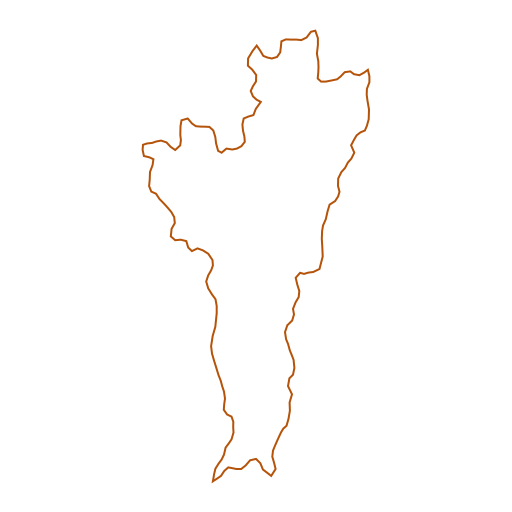 Joanésia, Minas Gerais, Brazil (Equal Earth projection)
{"feature_id": "56859067B98397226350347", "entity_name": "Joanésia", "entity_type": "district", "adm_level": 2, "iso_a3": "BRA", "parent_name": "Brazil", "parent_adm1": "Minas Gerais", "projection": "equal_earth", "projection_center": [-42.708, -19.227], "detail": "fine", "context": "isolated", "style": "outline", "palette": "amber", "viewbox_px": 512, "rotation_deg": 0, "n_neighbors": 0, "source": "geoboundaries", "source_scale": "gbopen_adm2", "svg_char_len": 2826}
<svg xmlns="http://www.w3.org/2000/svg" viewBox="0 0 512 512"><path d="M315.3,30.7L310.9,31.8L306.6,37.5L301.3,40.1L296.5,39.6L291.1,39.6L285.9,39.4L281.4,41.3L280.9,46.7L280.2,52.4L277.0,57.0L271.8,58.5L267.3,57.5L263.3,55.9L260.1,50.5L256.7,45.6L252.5,51.1L248.1,58.4L247.9,65.7L252.2,69.6L256.2,75.0L256.0,81.5L253.0,86.1L250.7,91.0L253.0,96.4L256.6,99.7L260.8,101.9L255.8,108.9L253.4,115.1L248.5,116.5L243.7,118.5L242.4,124.5L243.0,130.7L244.4,136.6L244.8,141.8L241.4,146.2L236.9,148.6L232.3,149.5L226.4,148.6L221.6,152.7L218.1,150.8L216.1,143.5L215.3,137.0L213.3,130.5L209.4,126.9L204.9,126.7L200.3,126.6L195.9,126.2L192.1,123.6L187.7,118.5L181.5,120.3L180.5,126.2L180.3,134.8L180.9,140.2L180.2,145.4L175.2,150.0L170.6,146.8L166.5,142.4L161.1,140.6L156.2,141.5L152.2,142.9L146.9,143.5L143.0,144.8L142.6,149.8L143.9,156.0L149.3,157.3L153.4,159.2L152.6,165.0L150.0,172.0L149.7,179.9L149.1,186.1L151.3,191.6L156.0,193.7L159.4,198.9L163.7,203.3L167.6,207.6L171.3,212.0L174.2,217.1L174.8,223.1L171.6,228.8L170.8,236.4L175.2,240.2L180.7,239.7L186.3,241.1L188.2,247.5L191.9,251.1L197.5,248.4L202.8,250.3L208.3,253.8L212.5,260.1L212.9,265.5L211.2,270.2L208.2,275.4L206.2,281.5L208.2,288.3L211.9,294.3L215.5,299.2L216.7,306.0L216.7,313.3L216.1,319.1L215.3,326.9L212.7,335.9L211.1,346.2L212.0,353.5L213.9,360.1L216.5,368.5L218.5,375.0L220.8,380.9L222.2,386.2L224.0,391.6L225.0,398.6L224.2,404.3L223.8,409.8L227.1,414.5L231.5,416.6L233.3,421.7L233.2,427.2L233.5,432.6L231.5,439.4L228.7,443.5L225.6,447.6L224.0,454.6L221.6,459.6L218.8,463.3L215.4,468.7L214.1,474.2L212.9,481.3L216.9,478.7L221.0,475.9L224.3,470.9L228.3,467.4L232.5,468.2L236.3,469.0L241.2,469.0L245.6,465.5L250.1,460.3L256.0,458.9L260.4,463.3L262.9,469.5L267.5,473.0L271.2,475.9L275.6,469.0L274.0,462.5L272.3,456.7L273.0,450.6L275.0,445.7L278.0,438.9L281.0,432.4L283.3,428.6L286.5,425.8L288.5,418.8L289.9,410.7L289.6,402.5L292.0,394.3L288.0,386.1L289.4,378.3L293.0,374.7L294.4,368.0L293.6,359.9L291.6,354.7L289.8,350.3L288.1,344.1L286.1,339.2L285.0,332.1L287.3,325.3L292.2,320.5L294.0,314.4L293.0,308.9L295.6,302.3L298.7,297.1L299.3,291.0L297.3,284.6L295.7,277.8L300.1,272.8L304.0,273.9L308.4,272.6L313.2,272.0L319.5,269.0L320.8,263.9L322.7,256.5L322.3,247.0L321.8,238.8L322.1,231.2L323.0,225.6L325.8,219.2L327.6,211.2L329.6,204.6L335.1,201.1L338.1,196.5L339.5,191.8L338.0,185.9L338.2,178.5L341.4,172.0L345.1,167.9L347.9,162.5L351.3,158.7L354.3,152.7L351.1,145.3L354.1,139.6L356.6,135.4L360.4,132.4L364.9,130.5L366.9,125.8L368.7,119.3L369.0,109.5L367.5,100.8L366.7,94.8L366.9,88.9L369.4,82.3L369.4,76.3L367.9,69.8L364.1,72.6L359.4,75.2L354.0,74.2L350.3,71.4L344.7,72.2L340.7,76.4L337.1,79.3L331.9,80.4L325.8,81.6L321.1,81.6L317.7,78.5L318.3,72.2L318.5,67.1L318.3,61.3L316.9,53.7L317.9,45.0L317.9,38.2L315.3,30.7Z" fill="none" stroke="#b45309" stroke-width="2"/></svg>